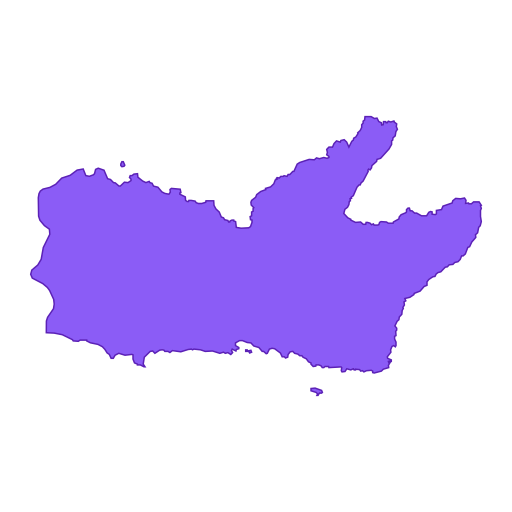 Santa Bárbara de Samaná, Samaná, Dominican Republic (orthographic projection)
{"feature_id": "3306468B43421780768425", "entity_name": "Santa Bárbara de Samaná", "entity_type": "district", "adm_level": 2, "iso_a3": "DOM", "parent_name": "Dominican Republic", "parent_adm1": "Samaná", "projection": "orthographic", "projection_center": [-69.295, 19.263], "detail": "fine", "context": "isolated", "style": "filled", "palette": "violet", "viewbox_px": 512, "rotation_deg": 0, "n_neighbors": 0, "source": "geoboundaries", "source_scale": "gbopen_adm2", "svg_char_len": 6088}
<svg xmlns="http://www.w3.org/2000/svg" viewBox="0 0 512 512"><path d="M44.4,225.6L49.4,229.2L49.8,234.3L43.3,247.5L41.2,259.3L37.8,265.0L31.8,270.1L30.7,274.3L32.3,278.1L42.8,283.6L47.3,287.4L49.6,290.5L53.7,299.4L54.2,304.1L53.5,308.7L47.6,317.3L46.4,321.0L46.3,332.7L54.2,333.1L62.3,334.7L72.5,339.7L73.2,340.9L78.3,341.3L80.1,340.1L86.7,340.1L86.7,340.9L90.4,342.8L98.0,344.4L102.4,346.7L104.9,349.4L107.1,352.9L109.3,354.4L111.1,358.3L113.3,358.3L115.1,355.2L118.8,353.3L125.0,355.2L131.9,354.4L133.0,354.8L133.0,359.1L134.5,362.9L137.4,364.1L137.4,364.9L140.3,364.9L144.0,366.8L145.0,366.8L143.2,364.1L144.3,357.2L150.2,351.4L152.7,351.0L154.9,353.3L159.6,350.2L162.2,349.8L164.0,350.2L164.8,351.4L168.0,351.4L169.9,352.5L172.4,350.6L180.8,351.8L188.1,349.5L191.4,349.1L192.5,349.8L193.9,349.1L200.5,349.8L205.2,351.4L212.5,351.0L219.8,353.3L223.5,352.2L225.3,353.3L227.9,352.6L230.8,354.5L232.6,352.6L231.5,350.6L232.2,349.1L235.9,351.0L236.3,349.5L238.8,348.7L238.8,347.5L235.5,345.6L235.5,342.9L239.5,340.6L242.5,340.6L247.2,342.5L250.9,342.9L253.8,346.0L258.9,347.5L262.2,351.4L263.6,351.4L266.2,353.7L267.3,353.3L269.4,349.1L272.0,348.3L274.6,348.7L280.4,353.0L282.2,356.8L284.4,356.8L285.5,358.0L287.7,357.2L288.1,354.5L290.2,351.8L292.8,351.4L294.6,353.3L297.9,354.1L299.7,355.7L301.9,355.7L303.0,357.2L306.3,358.8L308.5,361.8L311.0,363.0L311.0,364.2L313.2,366.5L315.8,366.1L316.1,364.9L318.7,364.9L320.9,365.7L322.3,367.6L323.8,367.6L324.9,366.5L328.6,366.5L328.9,367.6L341.0,366.9L341.7,367.6L341.3,370.7L342.0,371.9L345.0,371.5L346.8,368.8L350.8,369.9L353.3,368.8L354.1,369.9L355.5,369.9L355.5,369.2L359.6,369.6L360.7,371.1L362.5,370.7L363.9,371.9L366.5,370.7L371.2,370.3L372.7,371.1L372.7,372.6L374.2,373.0L381.4,371.1L383.3,369.2L388.7,367.6L388.4,365.3L389.8,363.0L389.1,363.4L388.4,361.4L389.8,361.0L390.2,362.2L391.3,361.4L391.3,359.9L387.6,358.3L387.3,356.8L390.9,352.2L390.6,349.8L392.0,346.4L393.8,345.6L395.3,346.8L396.0,345.6L396.0,342.1L394.6,339.0L394.6,336.3L396.0,335.6L395.7,331.3L396.7,330.1L396.7,328.2L394.9,325.9L397.1,321.3L398.9,319.7L399.3,317.0L401.8,314.3L402.2,310.4L403.3,308.5L402.9,307.4L404.4,305.0L404.0,301.9L405.8,300.8L404.8,298.5L409.9,297.3L413.9,294.6L414.2,293.4L420.1,291.1L424.1,286.5L427.0,285.3L427.0,281.8L428.8,279.5L432.8,276.8L435.0,276.4L436.1,274.1L437.9,272.6L440.8,271.8L445.2,267.2L447.4,266.8L449.2,264.8L452.9,264.4L454.7,262.5L458.0,261.7L460.2,259.4L461.6,255.9L463.1,255.9L465.3,254.0L467.8,247.4L469.6,246.7L471.8,242.0L475.8,237.4L475.5,234.7L477.6,232.8L478.7,227.3L480.2,225.8L481.3,221.6L480.5,216.5L480.5,210.4L481.3,208.4L480.5,205.7L481.3,205.3L479.1,201.9L473.6,201.9L471.4,203.8L468.9,203.8L468.5,203.0L465.6,203.4L466.0,200.3L464.5,198.0L460.5,198.8L455.7,198.4L452.8,200.7L452.1,203.0L443.0,206.1L441.5,209.6L436.4,210.4L436.4,213.9L435.3,214.6L432.1,214.2L432.1,211.9L430.6,211.5L428.8,212.3L426.6,215.8L421.5,215.8L416.7,213.1L414.6,213.1L412.0,210.8L410.2,210.8L409.4,208.1L408.0,208.1L406.5,209.6L406.5,211.9L405.8,212.7L401.1,214.7L399.2,217.0L398.9,218.9L393.4,222.0L393.1,223.2L388.3,223.2L386.5,222.0L381.0,221.6L379.6,222.4L378.8,224.7L377.4,225.1L374.1,225.1L373.4,223.9L371.5,224.7L370.1,223.2L367.5,222.4L366.1,222.4L365.7,224.3L363.2,224.3L360.6,222.0L355.5,222.4L350.8,220.1L350.8,219.3L347.8,217.8L343.8,213.5L344.9,209.3L347.5,207.3L348.9,204.6L349.3,201.5L350.4,200.8L350.0,198.8L351.5,198.4L351.1,197.3L353.3,195.7L357.0,187.2L359.1,184.9L360.2,184.9L361.0,183.0L363.1,181.1L368.2,171.4L367.9,170.2L368.6,169.1L370.1,169.9L371.5,167.9L371.9,165.6L376.6,161.4L377.0,159.4L380.6,158.3L389.0,149.0L391.6,144.4L391.6,140.9L392.7,140.1L393.0,137.8L395.2,135.9L395.9,131.6L397.4,129.3L396.3,126.6L396.7,123.9L393.7,121.6L394.5,120.8L390.8,122.0L388.3,121.2L387.2,122.7L386.1,122.7L385.7,121.6L383.5,121.6L383.2,124.7L381.7,125.0L381.3,122.7L378.8,121.6L377.0,118.1L374.4,118.5L371.1,116.6L365.0,116.6L364.6,120.0L363.1,121.2L363.1,123.1L361.7,124.7L361.7,127.4L360.2,130.5L357.7,132.8L358.0,133.6L355.8,137.0L353.7,138.2L353.3,140.1L351.8,141.3L348.9,147.1L346.7,142.1L344.2,139.7L340.9,140.5L340.2,142.1L336.5,140.9L334.0,143.6L332.5,147.1L328.9,147.1L326.7,149.4L327.4,152.5L326.7,154.8L328.9,156.4L328.9,157.5L327.1,158.3L323.8,157.5L319.4,158.7L316.5,157.9L314.3,159.8L309.2,159.4L299.7,162.5L297.2,164.1L293.9,171.4L292.8,171.4L289.9,174.5L288.1,174.5L287.0,176.4L284.0,175.7L283.3,176.4L280.8,176.4L279.3,178.0L277.1,177.6L276.4,178.4L277.1,179.1L275.3,179.9L273.8,183.8L270.6,186.9L265.5,188.4L265.8,189.6L260.7,191.5L256.7,194.6L255.6,197.3L251.6,200.4L250.9,202.3L251.2,205.0L253.8,207.7L253.1,208.5L253.1,211.2L251.6,212.0L251.6,215.8L250.1,216.6L250.5,219.7L252.0,220.1L252.0,222.4L250.5,226.6L248.7,227.8L241.1,228.2L236.3,227.4L235.6,221.6L233.7,220.9L233.7,220.1L231.9,220.1L230.1,220.9L229.7,222.0L228.6,222.0L227.9,220.5L224.6,219.7L223.5,217.8L221.3,217.0L219.2,212.0L215.9,208.9L214.0,205.4L213.7,200.8L206.0,200.8L205.7,202.3L201.7,203.5L198.4,203.5L196.2,202.7L195.1,201.1L191.1,200.4L188.9,200.4L188.5,201.5L187.1,201.5L185.6,200.4L185.3,196.9L179.8,194.2L179.8,193.0L180.9,192.6L180.2,189.2L171.4,188.4L170.0,189.5L170.3,192.2L168.9,194.2L164.8,193.4L161.9,191.9L157.9,187.2L153.5,186.1L152.1,183.3L149.9,182.6L149.2,181.4L145.9,182.6L142.6,181.0L137.9,177.2L137.5,173.7L133.9,174.1L132.0,175.6L130.2,175.6L129.5,177.5L131.0,179.1L131.0,180.6L128.0,182.6L124.4,182.2L120.4,186.0L118.9,186.0L115.3,182.9L113.5,182.6L110.5,179.5L107.6,178.7L104.0,170.2L98.2,168.2L95.6,169.4L94.5,173.7L93.4,174.8L89.4,176.3L85.8,175.6L83.2,169.0L77.1,170.1L70.2,175.3L61.7,178.1L55.7,184.3L49.9,187.4L43.0,189.1L40.3,191.1L39.0,193.6L38.3,197.7L38.6,216.2L39.9,220.2L44.4,225.6ZM315.1,388.1L311.0,388.5L311.0,390.8L316.1,392.4L317.6,393.9L316.9,395.4L318.0,395.4L319.4,393.1L321.6,393.1L322.4,392.4L321.6,390.4L315.1,388.1ZM123.3,161.7L121.9,161.7L120.8,164.0L120.8,165.6L121.9,166.7L124.0,166.3L124.8,165.2L123.3,161.7ZM247.2,349.9L245.7,349.9L245.7,351.4L248.7,351.4L249.7,353.0L251.6,352.2L250.9,350.3L247.6,351.0L247.2,349.9Z" fill="#8b5cf6" stroke="#5b21b6" stroke-width="1.5"/></svg>